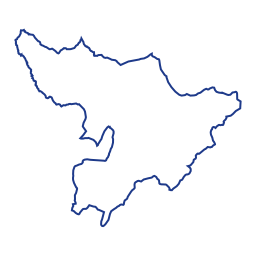 Lundazi, Eastern, Zambia (Natural Earth projection)
{"feature_id": "96606910B63463932820005", "entity_name": "Lundazi", "entity_type": "district", "adm_level": 2, "iso_a3": "ZMB", "parent_name": "Zambia", "parent_adm1": "Eastern", "projection": "natural_earth1", "projection_center": [33.083, -12.415], "detail": "fine", "context": "isolated", "style": "outline", "palette": "blue", "viewbox_px": 256, "rotation_deg": 0, "n_neighbors": 0, "source": "geoboundaries", "source_scale": "gbopen_adm2", "svg_char_len": 5588}
<svg xmlns="http://www.w3.org/2000/svg" viewBox="0 0 256 256"><path d="M15.6,39.7L15.4,40.1L15.9,41.3L16.0,42.8L15.8,43.1L16.1,44.0L16.1,44.9L16.2,45.1L17.1,45.5L17.3,47.6L17.6,48.1L17.7,49.2L18.3,50.3L18.1,50.6L18.1,51.3L18.5,52.2L18.4,52.7L18.6,52.9L18.5,53.2L19.3,54.2L20.6,54.3L20.9,55.3L21.4,54.8L21.4,55.6L22.4,55.3L23.0,55.7L23.3,56.2L23.9,56.6L24.3,57.6L25.0,58.2L26.0,60.8L26.5,61.2L26.5,61.9L27.0,62.2L26.9,62.7L27.2,62.8L27.0,63.6L27.3,63.8L27.2,64.6L27.9,65.8L28.3,66.0L28.6,67.3L30.1,68.6L31.1,69.7L31.0,70.2L31.2,71.1L31.1,71.4L30.9,71.5L30.8,73.2L31.8,74.5L31.6,74.7L31.8,75.2L31.7,75.4L32.3,75.7L31.8,76.2L32.2,76.4L32.5,77.0L32.6,77.5L32.4,77.9L32.8,77.9L33.6,80.5L34.2,80.7L34.4,81.1L35.1,81.0L35.8,81.4L35.9,81.7L35.9,83.8L35.5,84.2L35.6,85.3L35.8,85.5L36.1,85.3L36.9,86.3L37.1,87.7L38.4,89.0L38.3,89.5L39.4,91.3L40.2,91.1L41.3,91.7L42.5,92.6L42.6,93.0L43.3,93.4L44.7,94.6L45.7,96.1L45.8,97.2L46.1,97.7L47.4,98.2L48.1,98.1L48.9,97.5L49.2,97.0L49.6,97.0L49.8,96.7L50.5,96.8L51.7,97.5L52.9,100.5L54.4,102.5L55.6,103.3L56.0,104.2L56.4,104.6L58.5,104.1L59.4,104.3L60.1,104.7L61.0,106.2L61.4,106.5L63.4,105.2L65.6,105.4L66.4,104.7L68.3,104.5L69.0,104.0L70.4,103.9L71.2,104.2L76.1,103.5L78.0,104.5L79.0,104.2L83.9,109.2L85.0,111.6L85.9,117.2L85.5,119.0L83.6,122.8L82.8,126.1L82.8,126.5L86.1,131.2L83.1,135.3L80.3,138.3L81.0,138.6L83.1,138.6L85.1,138.1L87.8,138.1L88.5,137.9L93.5,139.9L95.8,142.2L96.9,144.8L97.1,145.7L97.9,145.1L98.0,144.4L100.5,140.3L101.4,139.1L102.3,136.1L104.4,131.3L107.3,127.4L109.2,126.0L108.9,126.4L108.9,126.8L109.7,126.8L109.6,127.4L109.9,127.8L111.0,128.3L113.2,130.4L113.7,132.0L113.5,132.7L113.6,133.3L112.5,137.2L113.1,139.2L113.0,142.7L111.9,147.1L110.8,148.9L110.1,151.3L109.0,153.8L109.0,154.8L108.8,154.9L108.0,157.1L106.8,158.5L106.1,160.3L105.0,160.9L104.0,160.7L90.4,159.8L87.2,159.3L84.8,159.6L83.4,160.2L82.7,161.2L82.8,162.3L82.3,163.1L81.5,163.9L78.9,164.6L76.5,165.7L75.3,166.0L74.4,167.0L73.3,170.3L73.1,174.1L73.3,175.8L73.0,177.9L73.1,179.9L74.0,182.9L76.2,187.4L76.4,187.4L77.0,188.2L77.1,188.9L76.1,192.9L74.9,195.2L75.0,199.4L74.7,200.3L75.7,203.0L75.7,203.7L72.9,204.2L73.3,206.0L72.3,207.9L71.9,210.4L73.7,211.0L75.8,213.0L77.5,214.0L78.8,214.3L79.6,213.6L79.9,212.7L82.8,209.2L83.8,208.9L85.8,208.9L86.5,208.6L87.4,207.8L89.3,205.2L93.3,206.5L95.4,206.8L96.2,207.5L97.8,209.6L99.0,209.9L104.0,212.1L102.1,219.3L101.3,221.3L101.1,224.2L101.4,225.2L102.2,226.0L103.1,226.1L104.1,225.5L105.5,224.1L108.5,219.8L110.0,213.9L111.2,211.2L113.8,209.3L116.3,207.7L117.3,206.7L119.2,205.8L119.8,205.1L120.4,204.8L121.2,204.5L123.4,204.8L123.8,204.3L124.1,202.4L124.7,200.5L126.8,199.0L127.2,198.5L127.8,196.7L131.1,191.6L132.3,190.1L133.6,189.2L134.6,188.1L134.7,187.4L134.5,184.8L134.8,183.1L135.4,182.4L136.8,181.5L137.6,181.0L138.7,180.8L141.1,181.5L143.7,179.5L148.2,178.3L151.7,177.6L153.4,176.2L154.5,175.9L156.3,177.0L157.4,179.0L158.4,179.5L159.0,180.5L159.4,183.5L159.8,183.9L161.1,184.3L165.6,184.5L166.4,184.8L169.0,187.4L169.7,189.0L169.4,189.7L170.4,190.1L171.9,190.2L173.3,188.6L176.7,186.2L178.8,183.8L180.3,180.4L181.7,180.0L182.3,179.5L183.8,176.9L185.3,175.1L186.3,174.5L187.7,174.4L188.7,174.0L189.5,173.3L190.7,171.0L190.7,169.0L189.9,167.7L187.9,166.1L189.6,165.7L190.7,165.1L193.3,162.1L193.8,159.7L195.6,158.6L196.0,157.7L195.8,155.6L196.3,154.8L197.3,153.8L198.0,153.5L198.6,153.8L199.3,153.7L204.2,149.6L205.0,149.1L205.5,149.0L207.7,147.0L210.4,147.4L210.9,147.1L211.8,147.0L213.1,145.5L215.0,144.4L214.9,143.7L214.0,141.9L213.0,140.6L212.3,137.6L211.0,134.7L210.8,133.4L210.7,132.1L211.2,130.3L211.4,129.9L212.0,129.4L212.2,128.3L212.6,127.5L213.4,127.0L214.5,127.2L215.5,128.0L216.9,126.3L218.7,125.0L219.2,124.9L220.4,125.2L222.1,124.8L222.7,125.0L223.2,124.8L224.0,122.6L223.6,121.8L223.9,121.1L225.6,119.5L226.5,117.8L226.3,116.6L230.7,115.7L232.9,114.0L235.8,111.0L240.2,108.4L240.6,101.4L237.6,99.6L237.2,99.1L237.1,93.7L236.8,92.6L236.2,91.9L235.5,91.8L234.6,92.2L232.5,92.5L230.4,94.7L228.4,95.0L227.2,94.7L222.3,92.7L222.2,93.0L218.9,92.6L216.5,91.8L215.0,90.0L214.2,87.7L212.4,87.4L209.6,88.6L208.7,89.4L207.9,89.5L206.2,88.8L204.1,89.8L200.4,92.7L198.1,93.4L196.0,95.0L194.0,95.4L190.4,95.6L186.8,94.0L185.0,95.1L181.6,95.6L179.3,94.8L175.4,91.7L173.8,89.9L171.4,87.1L168.2,82.2L166.5,77.3L166.5,76.3L164.7,75.0L160.9,69.4L160.0,65.2L159.3,60.2L158.8,59.2L157.3,59.0L154.6,57.1L152.8,56.4L152.4,56.1L151.8,55.0L151.8,53.7L150.5,54.4L147.5,56.8L144.1,58.4L140.6,58.9L139.2,59.5L128.4,61.5L120.6,65.0L117.5,62.3L116.5,61.0L115.2,60.2L111.6,59.7L110.6,59.1L107.2,57.6L105.5,57.9L104.0,57.5L102.2,55.8L101.9,55.2L101.5,54.9L98.3,55.1L97.2,55.9L95.9,55.7L95.0,55.9L94.8,55.6L94.1,55.6L93.9,54.7L94.1,53.9L94.0,52.2L93.1,52.2L92.2,51.7L91.7,51.1L90.8,50.9L90.5,50.4L89.9,49.9L89.6,48.8L89.0,47.9L88.4,47.8L88.1,47.3L87.5,47.1L86.8,46.4L86.4,46.7L84.9,45.6L84.7,45.0L84.0,44.3L83.8,43.8L83.3,41.7L82.8,41.0L81.4,38.4L81.1,39.6L80.4,40.2L80.4,41.0L80.0,41.9L79.3,42.7L78.9,42.7L78.2,43.7L77.9,44.6L75.9,45.8L75.8,46.1L74.4,48.0L70.8,49.1L69.6,49.2L66.7,49.2L66.1,48.4L64.9,48.1L64.0,48.5L63.7,48.3L62.2,49.6L60.7,50.4L58.9,53.1L58.3,53.4L57.1,52.8L55.4,51.0L52.3,48.7L51.5,48.8L51.0,49.1L49.4,49.2L46.3,47.1L45.3,46.9L42.7,45.5L41.9,45.3L41.1,44.8L40.4,44.3L40.4,43.4L39.8,41.9L38.5,41.2L38.2,41.2L37.5,40.5L34.9,37.6L33.9,35.8L33.2,35.1L32.9,34.8L29.2,34.4L29.2,34.2L28.6,34.4L27.8,33.0L26.3,32.6L24.9,31.8L25.0,31.3L24.5,31.1L24.5,30.8L24.2,30.7L23.9,29.9L22.5,30.5L21.0,30.3L20.7,31.6L20.7,33.4L19.4,36.0L18.8,36.8L17.6,37.6L17.0,39.2L15.6,39.7Z" fill="none" stroke="#1e3a8a" stroke-width="2"/></svg>